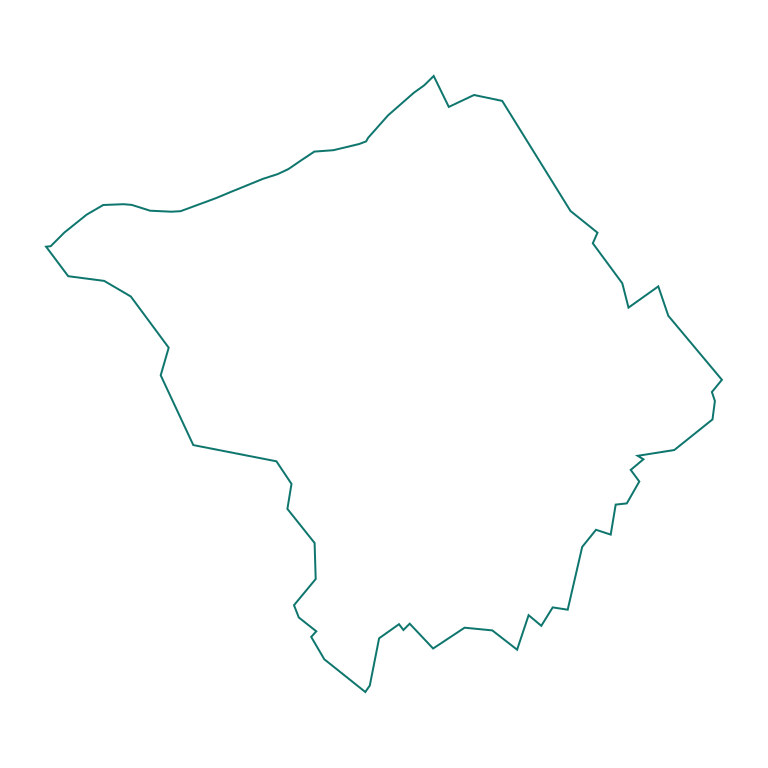 outline of Teartse, Tearce, North Macedonia
{"feature_id": "65306769B20870628535314", "entity_name": "Teartse", "entity_type": "district", "adm_level": 2, "iso_a3": "MKD", "parent_name": "North Macedonia", "parent_adm1": "Tearce", "projection": "albers", "projection_center": [21.037, 42.097], "detail": "fine", "context": "isolated", "style": "outline", "palette": "teal", "viewbox_px": 768, "rotation_deg": 0, "n_neighbors": 0, "source": "geoboundaries", "source_scale": "gbopen_adm2", "svg_char_len": 1102}
<svg xmlns="http://www.w3.org/2000/svg" viewBox="0 0 768 768"><path d="M714.9,401.0L711.9,392.0L721.9,379.8L668.3,315.8L658.3,286.4L628.5,307.6L622.3,283.3L592.8,243.3L597.5,232.7L570.5,211.0L502.2,100.9L474.0,95.0L448.8,106.9L433.7,76.0L424.1,85.4L413.9,92.7L401.0,104.0L388.1,115.3L368.2,137.7L366.1,141.4L359.2,144.0L338.3,149.0L333.3,150.2L314.3,151.6L301.1,160.4L288.5,169.0L277.7,174.1L262.8,178.9L230.9,191.9L215.8,198.2L180.5,211.2L171.3,211.7L150.1,210.7L131.7,204.9L123.5,204.2L103.2,205.0L86.7,214.6L64.5,232.4L50.7,246.2L46.1,246.7L68.2,276.2L104.2,280.9L130.8,296.5L168.7,347.7L160.7,375.3L193.3,445.1L276.4,461.3L291.5,483.9L287.4,508.9L314.6,543.0L315.7,579.0L294.0,605.2L298.8,617.5L316.3,631.3L311.2,636.9L324.3,659.3L365.3,692.0L369.8,685.5L379.1,638.3L399.0,624.2L403.4,630.0L409.7,623.7L433.1,648.5L464.6,627.7L492.3,630.4L517.1,649.7L528.6,615.2L541.3,625.8L552.7,607.4L567.7,609.7L582.2,546.9L596.0,529.8L610.7,534.6L615.7,504.6L626.8,503.4L639.3,481.5L630.7,469.9L643.4,459.3L637.7,455.8L674.3,450.0L712.5,419.4L714.9,401.0Z" fill="none" stroke="#0f766e" stroke-width="2"/></svg>